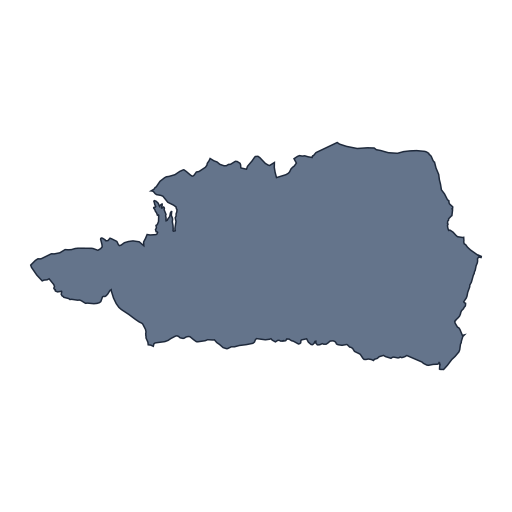 Rachitova, Hunedoara, Romania (Mercator projection)
{"feature_id": "2599482B89503985313378", "entity_name": "Rachitova", "entity_type": "district", "adm_level": 2, "iso_a3": "ROU", "parent_name": "Romania", "parent_adm1": "Hunedoara", "projection": "mercator", "projection_center": [22.734, 45.618], "detail": "fine", "context": "isolated", "style": "filled", "palette": "slate", "viewbox_px": 512, "rotation_deg": 0, "n_neighbors": 0, "source": "geoboundaries", "source_scale": "gbopen_adm2", "svg_char_len": 6072}
<svg xmlns="http://www.w3.org/2000/svg" viewBox="0 0 512 512"><path d="M461.2,342.8L461.4,341.1L462.8,336.5L464.4,334.9L462.4,335.4L459.9,329.4L458.7,327.7L457.5,327.2L455.1,323.1L454.7,321.6L455.5,320.7L455.3,320.5L458.4,317.5L459.6,316.0L460.6,313.6L460.5,313.1L461.6,310.6L463.5,308.7L464.1,307.4L465.2,306.2L465.5,305.2L465.6,303.3L464.4,302.7L463.7,301.8L466.3,298.0L467.0,296.1L467.7,292.4L469.7,286.9L469.8,285.0L471.3,282.4L471.7,281.1L473.3,275.3L474.2,273.5L474.4,271.9L475.2,270.3L476.1,265.8L477.3,262.9L477.6,261.1L477.5,258.6L478.6,257.3L480.3,257.1L480.4,257.4L481.1,257.5L481.3,256.4L478.4,255.1L478.3,255.5L470.4,249.9L467.4,247.1L465.7,244.7L464.2,243.8L463.7,241.9L463.9,240.9L463.7,237.3L462.6,237.5L457.5,236.7L456.0,235.4L453.1,232.2L450.1,230.2L449.6,230.1L448.9,230.5L448.4,229.9L447.8,227.9L447.5,225.8L447.5,225.2L448.0,224.5L447.9,223.8L447.5,223.5L447.7,221.1L448.6,220.1L448.6,218.8L451.6,215.7L451.9,215.6L452.6,209.7L452.0,208.9L452.7,208.2L452.7,206.8L449.7,204.1L449.3,203.5L448.8,201.6L449.0,201.0L447.4,199.6L444.5,193.9L441.4,189.8L440.5,184.2L439.4,179.8L438.7,174.5L436.0,168.0L434.5,162.1L433.9,161.8L433.0,160.5L431.3,156.5L430.5,155.4L429.2,154.5L428.8,153.4L426.6,152.0L424.9,151.4L416.6,150.6L409.9,150.9L403.6,151.6L397.5,153.3L388.3,152.7L380.6,150.5L376.3,149.7L374.2,148.0L367.5,147.8L357.2,148.5L346.6,146.4L339.5,144.1L337.2,142.5L316.6,152.3L315.9,152.7L313.4,155.7L312.7,155.8L312.3,156.4L312.1,157.5L308.1,156.8L304.7,155.8L302.3,156.1L299.5,155.6L297.5,156.4L294.0,158.7L296.4,163.1L294.1,166.2L292.8,167.1L291.1,168.8L289.5,172.0L288.3,173.3L285.9,174.7L276.5,177.6L275.1,172.3L274.3,167.5L274.4,162.5L269.6,165.5L268.2,165.1L265.3,163.4L259.8,157.6L257.9,156.3L255.3,156.5L254.5,157.4L252.0,161.0L247.5,166.3L246.5,169.2L241.0,168.0L240.8,167.6L240.6,164.8L240.0,163.3L237.2,161.5L235.4,161.3L230.5,164.3L228.5,164.4L226.4,165.7L224.1,165.8L219.8,164.3L217.1,162.0L213.9,160.8L210.1,158.5L209.1,160.7L207.3,163.3L206.9,165.2L205.4,167.3L199.0,171.5L196.4,172.0L194.0,175.3L193.0,176.0L192.2,176.2L190.4,175.0L186.3,171.5L183.9,169.8L183.4,169.8L179.8,171.4L174.9,174.7L169.1,176.4L166.3,176.8L164.5,177.8L160.0,181.3L156.2,186.9L155.1,187.5L154.1,189.1L151.1,190.9L152.3,191.0L153.5,191.6L155.1,193.6L156.5,194.6L160.9,195.4L162.9,196.2L167.8,202.3L173.5,205.1L176.0,206.9L176.4,208.8L177.0,209.6L176.8,211.9L176.1,213.8L176.1,216.1L175.2,217.8L176.0,221.5L175.0,227.9L174.9,229.3L175.3,230.5L175.2,230.8L173.4,231.2L173.0,230.7L173.2,229.1L173.0,225.5L172.3,221.8L172.6,219.4L172.4,218.0L171.3,215.3L171.7,211.6L171.3,211.5L170.4,212.9L169.9,215.8L169.4,217.1L168.1,218.6L167.2,220.3L166.1,220.8L165.9,219.5L166.1,218.1L165.6,215.8L166.0,214.4L164.1,209.7L164.4,208.4L164.1,207.4L163.4,207.0L162.0,208.1L161.6,208.1L161.4,207.8L161.4,207.2L162.1,205.7L162.2,204.1L161.7,204.1L160.3,205.2L159.5,206.4L158.2,203.2L156.2,201.3L154.5,200.6L154.0,200.9L153.9,201.6L154.4,202.6L154.6,204.1L155.7,206.6L155.3,207.1L153.9,207.4L153.7,207.6L153.7,208.1L154.9,209.7L155.3,211.1L156.6,212.9L157.4,215.2L158.3,214.9L158.7,215.2L158.5,221.6L157.2,224.7L156.0,225.4L156.4,227.6L156.2,228.4L155.5,229.5L156.1,231.7L157.2,231.9L157.6,232.4L156.9,234.1L156.0,234.6L150.1,235.0L147.1,234.5L145.5,238.4L143.6,242.0L143.8,245.7L139.2,241.8L133.0,240.9L128.5,241.5L124.4,242.7L121.0,245.2L119.4,245.6L118.4,244.7L117.0,241.7L116.6,241.3L111.6,238.8L110.0,238.2L108.0,240.6L106.0,240.8L105.5,240.6L105.3,240.0L104.6,239.5L102.5,238.2L101.4,238.0L100.8,238.4L100.6,239.2L102.0,244.7L102.2,246.8L100.7,248.6L97.9,250.3L93.0,248.5L91.5,248.3L78.1,248.2L75.2,248.5L71.5,249.6L68.3,249.8L65.1,249.6L59.8,252.8L54.2,253.9L51.3,253.8L41.3,258.7L40.1,258.9L37.9,258.8L35.4,260.4L30.7,265.1L31.5,267.4L36.8,275.1L42.2,280.9L44.0,280.1L47.2,279.8L49.1,278.8L53.8,284.6L54.5,286.7L53.9,287.9L53.9,288.5L54.4,289.2L55.3,289.6L55.1,290.4L55.4,291.0L57.5,291.9L61.5,291.3L61.7,291.9L61.2,294.3L62.2,296.0L63.1,296.4L63.8,297.3L68.8,298.6L69.9,299.5L71.6,299.3L77.7,300.2L79.5,300.0L81.1,300.6L85.5,303.3L87.5,303.1L93.9,303.7L97.0,303.4L99.3,302.7L100.8,301.6L102.5,296.9L103.3,296.4L104.9,296.5L106.1,295.8L107.7,294.1L110.0,290.4L111.2,289.7L111.2,290.6L113.5,298.0L116.2,303.6L118.9,307.4L121.3,309.5L128.9,314.5L135.0,319.1L139.1,321.9L141.8,323.2L142.7,324.0L145.5,329.4L146.0,331.9L145.7,333.9L145.9,335.0L145.8,335.7L146.1,336.6L146.0,337.9L147.9,342.2L148.2,344.8L150.7,345.1L153.3,346.3L153.9,343.8L155.2,342.9L164.9,341.6L168.1,340.4L170.9,338.5L175.5,336.1L176.9,335.8L178.5,336.4L180.1,337.8L182.9,338.4L183.9,338.3L186.3,336.9L188.3,336.5L190.0,336.7L193.6,339.7L196.4,341.7L197.7,341.8L205.2,340.7L207.6,339.7L213.3,340.0L214.4,339.8L216.7,342.5L219.7,344.6L223.1,347.6L226.6,348.7L227.6,348.6L231.3,346.8L234.5,346.8L239.3,345.5L246.5,344.6L252.9,343.3L254.5,342.0L255.3,339.9L256.5,338.6L265.4,339.8L269.8,339.2L270.9,338.7L272.2,340.1L275.4,341.9L277.7,340.4L279.0,340.3L281.0,341.2L283.2,340.7L283.1,341.1L285.3,340.8L285.9,340.5L286.6,339.0L287.3,338.9L287.8,339.2L288.9,339.0L291.5,340.7L293.4,341.2L298.5,344.0L299.8,343.6L300.7,342.8L300.9,340.6L301.5,339.9L306.6,338.8L308.4,342.2L311.1,344.5L312.4,344.7L312.8,344.5L314.2,343.2L314.4,342.4L315.1,341.3L315.9,341.2L315.8,343.1L317.3,344.8L317.9,344.9L319.9,344.7L322.3,343.6L323.6,344.2L326.1,344.2L327.8,343.1L330.1,341.1L333.1,340.8L335.0,341.6L335.9,342.6L336.3,343.7L336.7,344.1L338.0,344.7L342.0,345.3L346.6,344.5L347.3,344.7L349.7,347.1L350.9,347.3L352.6,348.4L354.5,351.4L359.8,354.0L360.4,354.5L362.9,358.3L364.0,359.4L365.9,359.5L368.3,359.0L371.3,359.5L373.5,360.5L374.4,359.3L377.3,358.4L379.2,356.7L383.5,355.4L385.5,356.6L391.0,358.3L392.4,357.3L393.7,357.1L397.9,357.9L398.9,357.8L400.2,357.0L401.6,357.6L402.3,357.5L404.8,356.7L406.8,355.5L421.9,362.0L423.5,363.4L426.9,365.1L428.5,365.3L433.1,364.4L437.5,364.2L438.4,363.8L439.1,362.5L439.7,363.1L439.7,364.4L440.1,364.8L439.7,365.9L439.5,369.1L440.0,369.4L443.6,369.5L447.4,365.3L451.8,359.5L455.1,356.4L458.9,351.9L459.7,349.8L460.5,344.1L461.2,342.8Z" fill="#64748b" stroke="#1e293b" stroke-width="1.5"/></svg>